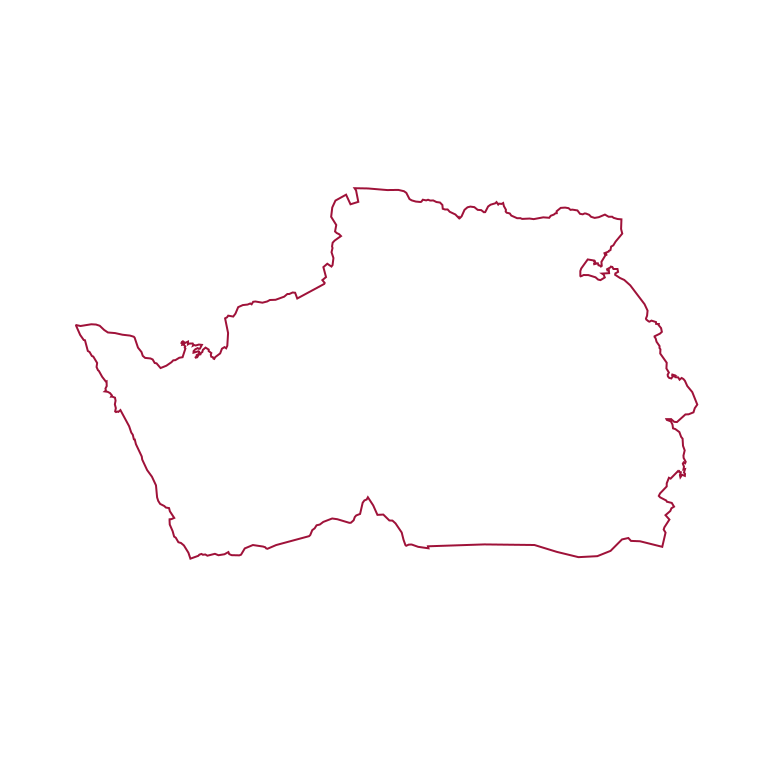 outline of Drajna, Prahova, Romania, rotated 278°
{"feature_id": "2599482B74939876983586", "entity_name": "Drajna", "entity_type": "district", "adm_level": 2, "iso_a3": "ROU", "parent_name": "Romania", "parent_adm1": "Prahova", "projection": "orthographic", "projection_center": [26.088, 45.26], "detail": "fine", "context": "isolated", "style": "outline", "palette": "rose", "viewbox_px": 768, "rotation_deg": 278, "n_neighbors": 0, "source": "geoboundaries", "source_scale": "gbopen_adm2", "svg_char_len": 6148}
<svg xmlns="http://www.w3.org/2000/svg" viewBox="0 0 768 768"><g transform="rotate(278 384 384)"><path d="M399.0,694.4L403.3,695.1L407.2,697.1L418.9,690.4L424.2,684.6L429.1,681.5L430.6,679.8L431.4,677.9L429.4,676.1L431.5,674.4L431.3,671.7L433.0,671.2L433.5,668.2L432.9,668.1L432.4,669.1L432.4,670.8L431.9,670.2L431.8,668.8L429.5,667.8L429.7,665.6L431.0,664.1L432.7,663.6L435.0,664.5L438.7,661.5L444.4,661.0L452.6,653.3L456.8,652.9L458.0,651.8L459.9,651.6L463.8,648.0L466.9,646.7L468.4,645.3L468.9,645.3L472.3,650.3L474.3,651.9L477.9,650.6L480.6,647.7L481.6,647.8L481.4,645.1L483.2,644.7L484.0,640.0L482.7,638.3L482.8,637.4L484.4,634.7L485.3,634.3L488.2,635.0L493.3,634.8L499.3,630.9L516.0,614.1L520.5,607.4L521.8,603.0L524.3,597.7L525.7,597.7L527.6,600.2L530.4,599.2L529.8,595.2L531.7,593.8L531.8,592.3L531.0,592.0L528.7,588.9L527.5,589.5L528.0,590.8L525.1,591.5L523.7,584.6L522.8,586.4L520.2,587.8L517.0,583.9L517.2,581.5L519.1,578.6L520.3,571.2L519.7,566.5L518.4,564.6L518.0,563.7L518.3,563.4L523.2,562.7L525.8,563.2L535.7,568.4L535.5,575.2L535.0,575.7L534.4,575.3L533.6,576.5L532.5,575.3L531.9,575.5L533.3,578.9L531.4,579.9L531.4,581.1L530.5,582.4L531.3,583.2L535.2,582.3L542.2,585.3L542.9,586.3L544.3,585.7L543.5,584.5L544.2,584.1L546.4,588.0L547.1,588.1L548.1,589.6L551.7,589.8L553.2,591.8L557.2,593.5L566.1,599.0L570.5,597.2L580.1,596.2L579.9,592.3L580.5,588.2L581.4,586.7L580.9,583.1L582.5,579.2L579.1,573.5L577.8,569.5L578.4,565.8L580.1,563.6L580.9,560.2L580.8,558.9L579.7,557.2L579.8,554.4L582.8,551.4L582.9,546.3L582.4,544.4L583.8,542.3L583.9,538.8L583.0,534.5L579.1,530.9L577.2,531.3L576.9,530.0L575.4,528.6L573.8,525.7L571.6,524.5L571.2,518.5L568.1,509.3L568.1,505.1L566.7,497.8L567.2,495.9L566.7,492.8L568.5,486.6L570.4,484.8L570.7,481.6L571.7,480.5L573.5,480.5L576.8,478.0L579.8,476.8L578.7,475.4L578.6,472.8L577.6,472.1L579.8,470.1L578.4,469.0L576.4,464.6L574.3,462.4L568.3,460.3L568.0,459.0L569.7,456.1L569.5,452.5L571.7,448.9L571.7,444.8L570.6,442.1L567.7,439.5L560.8,437.5L558.7,435.9L559.6,435.1L558.9,434.8L561.8,431.1L563.7,425.1L565.7,422.7L565.3,420.2L565.7,417.8L569.4,416.9L571.5,414.2L571.5,410.6L572.6,407.3L572.1,404.1L572.6,402.0L571.7,400.2L571.9,396.8L569.7,395.6L569.3,394.7L569.1,390.1L569.7,385.9L570.7,383.5L576.4,379.5L577.7,376.9L578.2,371.2L576.5,360.2L575.4,340.8L573.8,327.6L571.8,329.4L560.8,333.2L557.3,325.8L566.2,320.1L558.9,310.4L551.6,308.2L542.2,308.4L534.8,314.6L528.2,314.3L526.9,316.2L526.1,318.7L524.5,320.8L519.2,315.2L516.8,313.5L513.0,313.4L511.5,314.1L507.2,313.7L501.7,316.4L494.6,316.5L493.0,315.6L495.2,311.1L491.3,307.7L481.8,311.7L478.3,308.5L475.8,311.2L474.8,310.9L456.6,286.2L462.0,283.3L461.9,280.8L459.9,277.6L459.7,275.8L456.6,273.0L452.3,264.9L451.3,259.3L449.5,256.9L447.6,252.3L447.8,245.2L447.2,243.0L444.5,241.8L445.1,240.3L443.7,237.9L442.5,233.2L439.8,228.9L433.0,227.1L429.8,225.3L430.0,220.2L428.2,219.3L426.9,217.5L412.8,222.5L400.1,223.5L397.4,222.7L398.3,220.9L396.4,218.6L391.5,217.5L387.1,213.1L385.2,212.4L385.4,211.6L386.7,210.8L387.0,209.1L388.8,208.4L390.6,208.7L392.2,205.8L393.7,205.6L395.2,202.2L392.6,199.9L390.3,199.6L389.4,198.5L387.8,198.1L387.4,196.5L384.5,195.3L383.6,193.2L385.2,194.5L386.6,194.5L388.0,196.6L390.3,196.4L390.6,195.7L388.5,191.0L390.1,190.9L392.1,192.3L393.6,194.5L393.0,195.8L393.4,196.8L397.4,198.2L397.3,195.2L395.9,192.1L396.2,190.6L395.4,189.5L396.4,189.7L397.5,188.9L396.9,185.4L396.0,184.3L398.7,184.0L397.0,181.3L398.3,178.9L397.5,178.0L396.3,177.7L395.8,178.3L396.1,179.2L394.8,178.9L395.4,180.5L394.6,180.6L393.6,182.0L392.2,181.6L391.5,182.4L382.5,180.8L381.5,177.6L378.6,174.1L378.1,172.0L376.0,170.5L371.8,165.9L368.7,160.5L372.8,155.9L372.9,154.0L376.1,151.5L376.8,149.2L376.6,143.8L378.3,141.2L381.9,139.4L385.8,135.3L395.2,130.6L396.0,129.6L396.6,125.7L396.4,118.1L397.0,110.6L396.6,103.4L398.6,99.3L402.1,94.4L402.8,90.5L402.4,85.8L399.2,75.4L399.5,71.1L399.0,70.9L390.3,76.3L385.8,80.5L385.7,81.8L375.5,86.1L374.7,88.0L371.1,90.8L370.7,92.3L364.9,97.0L360.8,97.0L357.9,98.8L357.2,99.9L351.9,103.9L347.7,108.2L348.1,108.9L343.3,109.7L340.8,108.8L338.8,109.5L337.8,108.6L337.8,111.4L336.9,113.9L334.9,116.1L333.5,115.6L333.7,116.5L333.0,119.5L330.1,120.5L326.4,120.3L322.8,121.8L319.4,121.6L318.9,122.5L319.6,123.9L319.4,124.8L321.5,126.6L306.7,137.5L300.7,140.5L298.8,142.3L294.4,144.0L294.4,144.9L289.9,146.7L278.5,154.2L275.5,155.1L265.8,161.4L259.9,167.1L251.9,172.3L240.1,175.1L236.8,176.7L234.1,179.0L232.6,183.4L231.3,185.2L231.2,188.4L228.1,189.7L222.2,194.9L220.6,192.3L220.2,190.5L219.2,190.6L215.0,191.4L208.8,195.2L203.7,197.4L202.8,199.2L198.7,202.4L198.3,205.1L196.3,208.3L189.7,213.8L184.1,216.6L188.0,224.0L189.3,224.9L190.3,226.9L189.7,228.4L190.3,230.8L189.4,233.0L192.3,240.2L191.4,243.9L193.2,249.7L195.9,253.3L194.0,254.4L193.3,256.9L194.2,264.6L195.1,266.2L201.8,269.0L206.3,276.6L206.2,286.9L205.8,289.1L204.8,290.2L204.6,291.5L209.5,299.6L222.9,331.0L224.2,332.0L229.3,333.3L231.4,335.4L234.7,336.9L235.9,340.0L239.0,343.1L243.6,351.4L243.6,356.6L241.7,369.0L242.0,370.5L244.8,372.9L248.2,373.6L250.0,374.8L252.0,378.4L263.4,379.4L266.0,380.8L267.2,382.9L269.6,383.8L262.3,390.2L253.5,395.7L254.6,401.5L249.6,408.3L249.9,411.4L247.6,414.8L239.4,422.2L232.5,425.0L227.5,427.6L226.9,428.5L228.4,430.9L228.9,433.7L227.5,440.5L227.5,450.9L229.4,450.1L239.1,505.6L245.5,555.4L241.8,578.6L239.6,600.7L243.2,619.2L250.3,631.6L263.2,641.3L265.5,647.4L263.0,650.4L263.9,659.4L261.5,682.2L276.0,683.5L278.8,681.2L281.1,681.6L289.5,685.5L293.3,681.0L298.1,685.2L300.9,685.9L302.9,688.3L306.3,685.5L306.8,680.5L307.9,679.7L310.2,673.2L311.4,671.7L314.1,672.6L321.9,678.2L325.0,677.8L330.8,679.2L330.2,681.0L338.6,687.2L338.2,687.5L338.8,688.4L338.0,688.9L337.9,690.2L335.0,689.7L332.9,690.5L335.6,691.8L334.9,694.7L336.9,694.6L338.1,693.4L341.6,693.9L341.0,692.4L343.9,692.6L346.7,691.0L348.1,691.6L347.4,693.2L348.9,693.6L352.5,691.0L354.8,690.5L360.1,691.0L364.4,688.7L371.4,687.3L373.0,685.6L377.5,683.2L379.9,678.8L380.3,676.4L384.0,675.3L386.9,673.3L387.8,669.1L388.5,668.6L389.2,673.2L386.9,676.7L387.1,679.4L395.8,686.7L396.4,689.9L399.0,694.4Z" fill="none" stroke="#9f1239" stroke-width="2"/></g></svg>